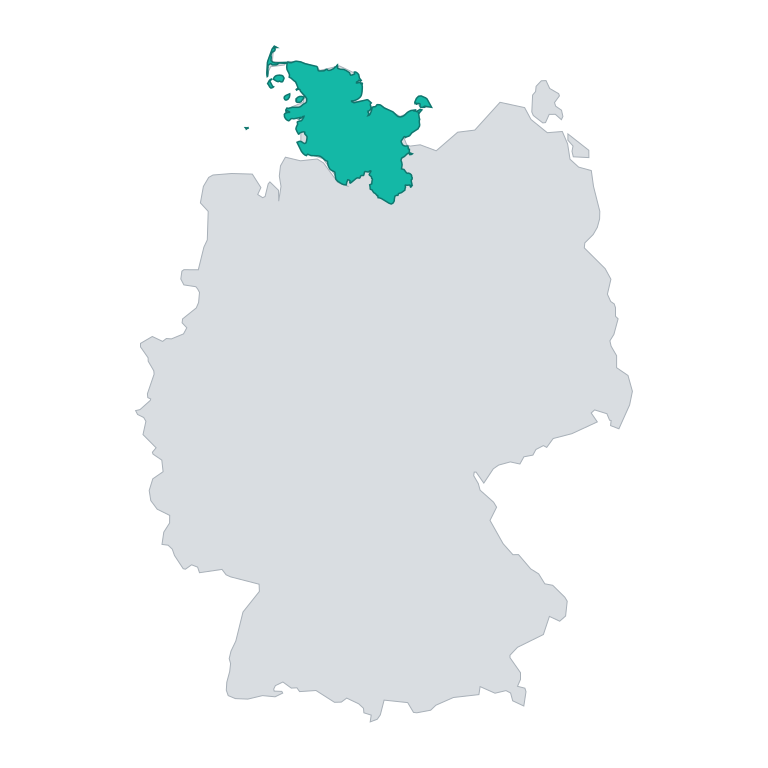 Germany, with Schleswig-Holstein highlighted
{"feature_id": "DEU-1579", "entity_name": "Schleswig-Holstein", "entity_type": "State", "adm_level": 1, "iso_a3": "DEU", "parent_name": "Germany", "parent_adm1": "", "projection": "mercator", "projection_center": [9.834, 54.215], "detail": "fine", "context": "in_parent", "style": "filled", "palette": "teal", "viewbox_px": 768, "rotation_deg": 0, "n_neighbors": 0, "source": "natural_earth", "source_scale": "10m", "svg_char_len": 9588}
<svg xmlns="http://www.w3.org/2000/svg" viewBox="0 0 768 768"><path d="M334.5,702.3L316.0,690.5L299.6,691.6L296.9,687.8L291.3,688.1L282.9,682.0L275.4,685.6L273.7,689.1L274.2,691.1L281.8,691.4L282.7,693.1L275.1,696.8L262.5,695.6L247.8,699.1L235.4,698.6L228.2,695.6L226.3,690.2L226.8,682.2L229.7,671.5L230.6,663.6L229.2,658.6L231.0,651.1L235.8,641.1L243.0,612.0L259.4,591.4L259.1,584.2L230.7,576.9L226.1,574.8L222.0,569.4L199.5,572.7L197.6,567.1L191.6,564.8L185.4,569.2L183.2,568.7L174.5,555.5L172.3,549.2L168.1,545.2L162.0,544.4L163.8,532.1L169.6,523.0L169.7,515.4L157.2,509.2L150.8,500.6L149.2,490.5L152.8,478.8L163.1,471.7L161.8,460.1L153.0,454.1L152.4,452.2L156.1,447.8L143.0,434.6L145.9,421.3L143.7,417.5L137.6,414.5L135.6,410.6L140.0,409.6L150.3,400.4L150.7,398.9L147.8,397.6L147.4,393.8L154.1,374.2L153.8,370.8L148.2,361.2L148.1,357.8L140.5,346.9L140.5,343.4L152.3,336.5L162.6,341.4L166.4,338.5L171.4,338.9L183.5,333.9L186.8,327.8L182.1,322.8L182.6,318.9L196.3,307.9L198.6,302.5L199.5,292.4L197.6,288.9L195.8,286.7L183.9,284.9L180.8,279.0L181.9,271.2L183.9,269.7L198.3,269.8L203.9,247.1L207.3,239.9L208.2,211.4L200.4,202.9L203.4,186.4L208.7,177.4L213.0,175.0L231.7,173.5L252.3,174.1L260.9,187.6L257.7,194.5L262.7,197.7L265.1,196.5L268.2,183.9L269.9,181.9L278.5,190.3L278.7,201.2L281.0,186.4L279.3,176.0L280.5,165.8L285.4,157.2L300.5,160.8L317.2,159.0L323.5,162.9L337.8,182.4L348.6,186.6L340.3,182.4L323.0,158.7L304.9,152.5L300.8,145.7L301.0,121.5L294.1,116.7L286.8,118.4L285.7,112.9L286.9,108.8L303.4,102.3L303.7,95.7L288.8,71.9L288.2,61.4L300.8,62.0L316.1,66.9L319.9,70.4L339.4,65.9L354.4,73.0L361.5,83.0L361.9,91.7L353.2,101.8L368.1,100.3L371.8,107.8L379.8,105.0L400.0,116.4L415.3,110.5L418.0,119.7L415.0,128.9L404.3,138.7L406.7,144.8L410.1,146.1L420.2,144.8L436.2,150.8L457.7,132.2L474.8,130.1L500.0,102.3L524.6,107.6L531.0,119.5L547.3,132.7L562.3,131.5L567.6,143.9L570.0,159.2L578.6,167.1L591.3,170.6L593.5,186.4L599.8,211.3L599.6,218.9L597.3,227.4L593.2,234.5L584.8,242.9L584.3,247.9L605.2,268.7L610.9,279.2L607.4,294.2L610.7,301.5L614.2,303.9L615.5,307.7L615.5,316.3L618.1,318.8L613.9,334.4L609.9,340.8L611.1,346.2L616.6,355.7L616.6,367.7L628.0,375.5L632.4,391.3L629.6,405.0L618.9,428.8L610.6,425.6L611.1,420.5L609.6,420.2L606.9,413.7L594.6,409.9L591.2,413.0L597.3,421.9L571.8,433.7L553.2,438.5L546.7,447.4L543.4,445.6L535.9,449.5L532.9,455.1L523.9,456.8L519.9,464.0L510.3,461.9L498.6,465.1L493.3,468.8L483.8,483.1L476.1,472.1L474.2,472.1L473.7,475.7L478.3,483.6L480.1,490.2L493.6,502.2L496.6,507.2L490.0,520.4L503.1,543.7L512.9,554.7L518.5,554.6L530.7,568.9L538.7,573.9L544.8,583.8L552.7,585.3L564.8,597.2L567.2,601.2L565.6,616.0L559.7,621.2L549.4,616.4L543.4,634.5L517.5,647.3L510.0,655.2L510.0,657.7L520.5,672.7L520.5,679.4L517.5,686.3L524.9,688.2L526.0,691.7L523.8,706.0L512.7,700.8L510.6,693.0L506.0,690.6L495.0,693.2L480.1,686.6L478.9,694.6L453.4,697.5L435.9,705.2L430.7,710.2L416.8,712.8L413.5,712.4L407.7,702.6L384.1,700.1L380.3,714.9L377.3,719.2L370.2,721.9L371.2,715.1L363.9,712.8L363.5,708.3L358.7,703.8L346.7,698.1L341.3,702.1L334.5,702.3ZM561.5,110.2L562.9,116.5L561.4,119.7L555.3,114.3L549.2,114.4L545.5,122.6L542.8,122.9L533.3,115.5L531.8,111.9L532.6,95.1L535.6,91.5L536.1,86.3L541.3,80.8L546.0,80.6L549.7,88.5L558.7,93.7L559.4,95.9L554.5,102.6L555.7,106.2L561.5,110.2ZM588.8,150.3L588.9,157.6L573.3,156.8L572.0,151.3L573.0,146.0L567.9,140.2L567.9,133.9L588.8,150.3ZM270.6,66.7L267.2,74.2L267.8,60.9L273.8,46.7L276.3,47.0L273.0,53.6L272.4,61.7L285.9,62.5L284.4,65.0L270.6,66.7ZM429.9,106.9L421.6,107.1L415.2,102.4L419.1,96.1L427.2,99.1L429.9,106.9ZM283.7,79.3L281.6,81.6L273.5,79.2L279.5,74.9L282.9,76.0L283.7,79.3Z" fill="#d9dde1" stroke="#a8b0b8" stroke-width="1"/><path d="M296.5,61.2L300.8,61.9L305.1,63.7L316.6,66.4L317.5,67.2L317.9,69.5L318.3,70.6L319.3,71.0L324.1,70.8L324.6,70.3L325.4,70.1L325.9,69.5L326.9,69.3L328.0,70.3L328.9,70.5L330.5,70.2L333.8,68.5L334.8,67.2L336.1,66.7L336.8,65.5L337.5,64.9L337.7,68.3L340.3,69.3L343.6,69.4L345.9,70.4L349.5,72.7L350.1,74.3L350.7,75.2L352.1,75.0L354.6,74.0L354.4,72.0L355.7,72.0L357.4,73.1L358.7,74.6L359.4,77.9L359.8,78.6L361.3,80.4L360.6,81.0L358.7,80.4L358.7,80.6L357.4,81.7L356.6,81.9L356.5,82.1L356.5,83.0L357.3,83.0L358.7,82.6L360.1,82.5L360.9,83.6L361.5,83.1L362.1,83.1L362.4,83.6L362.0,85.0L362.3,86.3L362.3,88.1L362.0,92.0L361.7,93.7L361.4,95.0L360.9,96.1L360.2,97.1L358.4,98.7L356.2,99.9L353.9,100.7L351.6,100.9L351.6,101.6L354.0,102.8L367.1,99.7L368.1,100.0L371.3,102.9L370.3,104.0L370.3,105.0L370.7,106.2L371.0,107.7L370.7,108.9L369.9,110.1L368.9,110.9L368.0,111.2L368.3,111.5L368.3,111.8L368.0,112.4L368.6,113.1L368.7,113.9L368.5,114.7L368.0,115.6L369.2,115.2L370.1,114.1L371.3,111.2L372.1,108.1L372.5,107.3L373.0,106.9L375.1,106.7L375.8,106.3L376.9,104.8L377.6,104.6L379.9,104.8L381.1,105.4L384.3,108.0L392.9,111.8L397.7,116.4L400.0,117.0L402.4,116.5L404.3,115.4L407.4,112.4L409.2,111.3L411.0,110.5L415.6,109.9L415.6,110.5L413.2,110.6L414.2,111.0L415.1,110.7L416.4,111.6L420.2,109.3L421.9,109.9L419.9,112.2L419.3,113.1L418.2,112.4L418.7,114.0L419.2,117.7L419.7,119.4L419.3,120.6L419.3,122.2L419.7,124.9L419.4,126.4L418.4,127.9L418.2,128.7L411.9,132.8L409.7,135.6L408.7,136.2L406.1,137.0L405.6,137.4L404.9,136.7L404.4,136.6L404.0,136.9L401.1,141.1L401.1,141.6L401.8,143.4L402.6,144.8L403.7,145.6L405.1,146.1L407.2,145.9L407.8,146.1L408.2,147.1L408.2,148.2L408.4,149.0L409.4,149.3L409.3,152.0L409.7,152.6L410.2,153.0L412.4,153.8L411.6,154.4L409.8,154.7L409.5,154.4L409.5,153.5L408.3,153.1L407.0,154.0L404.4,156.5L401.9,157.9L401.3,159.1L401.0,160.3L401.1,160.7L401.7,162.3L402.1,164.7L401.5,168.9L404.0,169.5L406.2,172.5L406.8,173.0L407.2,173.3L408.4,173.1L409.9,173.6L411.2,174.7L411.6,175.4L411.6,176.5L412.1,177.4L412.2,177.8L412.1,178.9L412.0,179.3L411.3,179.8L411.3,181.4L412.0,184.4L412.0,184.8L411.4,185.2L412.1,185.5L411.2,186.8L410.7,187.1L410.4,186.8L410.0,185.4L409.5,185.0L406.8,185.3L405.9,185.0L405.3,185.2L405.2,185.7L405.5,187.2L405.0,188.7L404.9,190.1L401.5,192.6L398.5,193.6L398.0,195.2L397.8,195.4L396.6,195.3L395.1,196.0L394.8,196.6L394.3,199.4L394.3,200.5L394.0,201.5L392.9,203.2L391.2,204.0L389.0,203.2L381.3,198.5L379.3,197.8L378.1,197.7L377.7,195.6L377.2,195.7L375.4,193.6L373.7,192.6L371.9,189.8L370.4,189.3L370.2,188.9L370.1,187.0L369.7,184.8L371.7,183.9L372.0,181.1L372.4,179.4L372.2,178.7L371.6,178.3L371.4,176.7L369.5,175.2L369.2,174.7L370.0,172.8L370.8,171.7L370.9,171.2L370.7,170.8L369.9,170.8L368.3,172.0L365.1,171.5L364.5,172.1L363.8,175.0L363.6,175.3L363.1,175.6L362.1,175.4L361.0,175.7L360.5,176.3L360.0,177.7L359.4,178.1L357.7,177.8L356.3,178.3L351.0,182.7L350.3,183.1L349.9,182.9L349.8,182.5L350.0,180.8L348.8,179.9L347.7,179.8L347.5,180.7L346.9,181.7L346.2,184.9L343.6,184.6L341.6,183.8L337.7,181.3L335.9,179.3L335.3,176.3L334.9,172.3L334.4,171.8L331.0,170.0L329.7,168.8L328.4,166.1L327.6,163.1L327.5,161.3L325.5,160.5L322.1,157.5L320.0,156.2L318.0,155.8L311.1,155.6L307.7,154.2L307.0,154.7L306.5,155.6L305.2,155.2L303.3,153.7L301.5,151.5L297.0,142.3L299.1,141.4L300.1,141.3L301.4,141.6L303.5,143.1L304.7,143.5L305.9,142.9L306.3,141.9L306.7,140.1L307.0,138.1L307.0,136.6L306.4,135.7L304.7,133.8L304.8,132.2L303.5,131.8L301.6,132.2L299.8,133.0L298.9,134.1L298.5,134.1L297.0,131.5L295.9,129.0L296.3,127.1L297.7,124.1L297.3,122.7L297.3,122.0L298.0,121.5L301.2,120.8L301.8,120.3L303.5,117.7L304.0,116.3L302.8,116.5L300.8,118.3L299.6,118.8L300.0,117.5L293.8,118.8L291.9,118.5L291.0,118.8L289.2,120.6L288.6,120.8L287.2,120.2L285.6,118.8L284.5,116.8L284.3,114.4L285.1,113.4L286.6,112.7L288.3,112.4L289.5,112.4L289.5,111.8L288.6,111.6L287.8,110.9L287.1,110.6L286.2,111.8L285.8,110.8L285.9,109.7L287.0,108.0L288.1,108.5L292.5,107.3L298.5,107.3L299.9,106.9L301.0,106.2L303.3,104.2L305.4,103.1L306.3,102.4L306.7,100.9L306.7,98.7L305.3,96.5L300.9,91.7L300.2,90.7L300.0,89.7L299.5,89.3L298.3,89.3L297.2,89.7L296.6,90.1L296.2,89.4L298.1,88.1L296.2,83.0L295.5,81.7L293.9,80.7L291.0,78.1L289.2,77.2L289.5,74.9L288.8,73.0L287.0,69.5L286.7,67.0L286.9,64.8L287.6,62.1L289.5,62.7L291.5,62.7L295.2,61.3L296.5,61.2ZM427.1,99.1L431.6,107.3L424.8,106.2L423.8,106.7L424.3,107.3L422.1,107.4L420.6,107.2L420.0,106.4L420.1,104.5L419.9,103.8L419.1,103.5L417.7,103.4L417.1,103.6L416.7,104.2L416.3,104.2L415.9,103.1L415.0,103.5L414.8,102.2L416.4,98.4L418.5,96.3L421.1,95.9L425.7,97.9L427.1,99.1ZM271.3,57.2L271.0,60.5L272.9,62.3L275.5,62.9L287.3,62.3L285.9,63.4L279.2,63.0L276.8,64.7L276.0,64.9L272.3,64.9L271.9,64.7L271.4,63.9L270.5,63.7L268.5,65.0L268.2,65.2L268.0,65.9L268.0,67.8L267.8,68.2L268.0,73.3L267.8,75.0L267.6,76.3L267.2,76.6L266.9,75.2L266.8,72.8L267.4,62.5L268.0,60.5L272.1,49.0L274.3,46.1L276.9,47.5L273.6,47.6L273.2,48.1L274.7,48.3L275.1,49.4L274.7,50.7L272.5,52.0L271.4,53.5L270.9,55.4L271.3,57.2ZM278.8,75.2L281.8,75.4L283.0,76.2L284.0,77.9L284.0,78.5L283.6,79.3L282.9,81.1L282.5,81.7L281.7,81.9L280.8,81.8L279.5,81.1L278.1,81.7L276.4,81.1L273.2,79.1L274.3,77.2L275.5,76.0L277.0,75.4L278.8,75.2ZM304.0,97.1L303.7,97.4L303.7,98.4L302.7,99.3L301.2,101.6L300.0,102.2L297.6,102.4L296.5,102.0L295.9,100.9L296.5,100.6L296.6,100.1L296.3,99.5L295.9,99.1L297.6,97.4L299.5,96.5L301.7,96.4L304.0,97.1ZM286.2,95.3L289.7,93.8L289.8,94.8L289.4,97.1L288.1,99.1L286.6,100.0L285.4,100.0L284.7,99.3L284.1,98.0L284.5,96.5L286.2,95.3ZM269.8,81.1L272.5,86.2L273.6,86.8L272.8,87.5L271.0,88.1L269.7,87.0L268.7,85.1L267.6,83.6L269.2,80.7L270.2,79.6L271.3,79.1L271.4,79.6L271.0,79.8L269.8,81.1ZM246.6,129.0L246.3,129.2L246.2,128.8L245.3,127.7L246.1,127.7L246.4,128.1L246.6,129.0ZM247.0,127.9L248.0,127.6L248.2,128.1L247.3,128.4L247.0,127.9Z" fill="#14b8a6" stroke="#0f766e" stroke-width="1.5"/></svg>